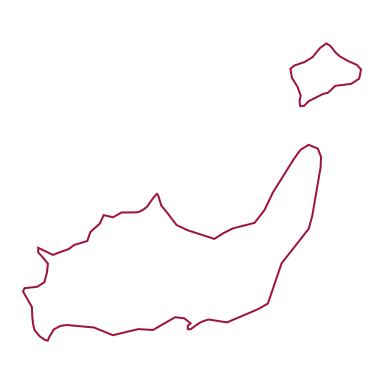 the District of Inagua
{"feature_id": "BHS-5038", "entity_name": "Inagua", "entity_type": "District", "adm_level": 1, "iso_a3": "BHS", "parent_name": "The Bahamas", "parent_adm1": "", "projection": "albers", "projection_center": [-73.316, 21.237], "detail": "fine", "context": "isolated", "style": "outline", "palette": "rose", "viewbox_px": 384, "rotation_deg": 0, "n_neighbors": 0, "source": "natural_earth", "source_scale": "10m", "svg_char_len": 1276}
<svg xmlns="http://www.w3.org/2000/svg" viewBox="0 0 384 384"><path d="M47.0,272.3L47.9,263.7L42.9,257.5L38.2,252.4L38.2,247.8L52.9,254.9L61.6,251.6L68.9,249.0L74.0,245.0L87.3,241.0L90.3,232.1L99.8,223.6L103.7,215.1L113.0,217.3L121.5,212.5L134.0,212.4L138.3,212.2L142.6,210.1L147.0,206.8L153.3,197.8L156.9,193.9L158.4,195.9L161.2,205.4L167.9,213.6L176.5,225.0L187.5,230.2L214.3,238.9L223.7,233.0L233.1,228.3L254.5,222.9L264.4,210.2L273.0,192.3L294.0,158.8L300.4,149.9L308.6,144.8L317.8,148.6L321.0,156.7L320.6,167.2L312.2,216.1L308.7,228.8L281.6,263.3L267.9,303.5L258.8,308.8L227.0,322.4L208.5,319.5L203.1,321.2L199.0,323.2L190.7,329.2L187.8,329.2L187.8,325.8L190.6,323.3L184.3,318.3L175.2,317.2L152.9,330.0L138.2,329.1L112.9,335.2L94.0,327.5L66.7,325.0L60.5,325.9L53.6,329.5L51.8,332.9L49.3,336.9L47.7,340.6L45.0,339.9L40.0,336.6L34.5,330.1L33.3,325.2L32.3,317.3L31.9,307.0L24.4,293.9L23.0,291.4L24.5,288.2L37.2,286.8L44.4,282.2L47.0,272.3ZM323.1,93.9L308.6,101.2L304.3,105.7L300.3,106.2L299.5,101.4L300.7,95.7L297.6,86.9L292.0,78.1L290.4,68.7L294.7,65.4L304.6,62.0L312.6,57.1L320.0,48.0L326.4,43.4L330.4,45.9L335.6,52.6L340.1,56.6L348.5,61.2L357.0,65.0L361.0,69.5L359.2,78.6L351.2,83.9L335.3,85.8L327.9,92.8L323.1,93.9Z" fill="none" stroke="#9f1239" stroke-width="2"/></svg>